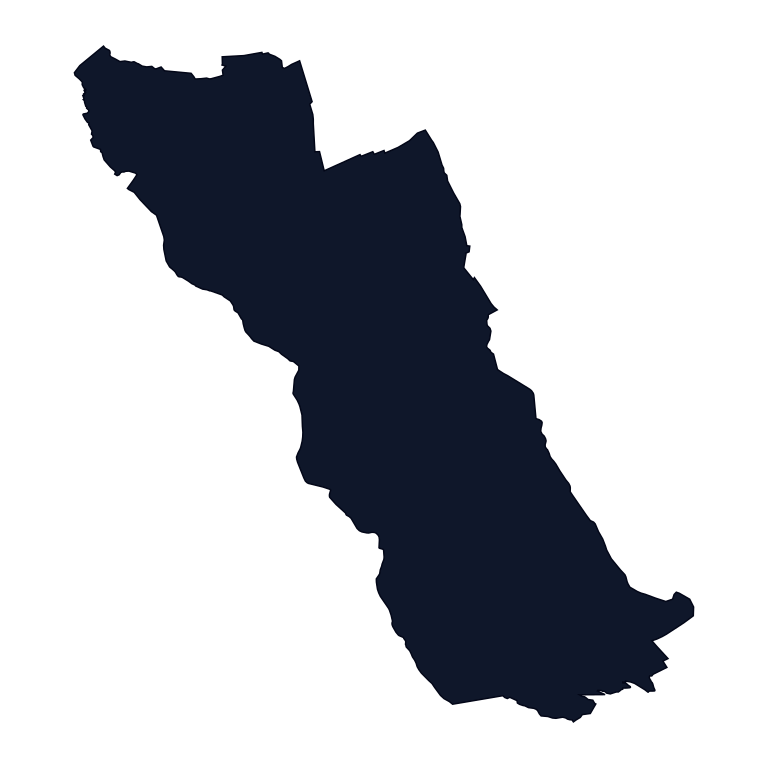 outline of Merisani, Arges, Romania
{"feature_id": "2599482B23805288669324", "entity_name": "Merisani", "entity_type": "district", "adm_level": 2, "iso_a3": "ROU", "parent_name": "Romania", "parent_adm1": "Arges", "projection": "albers", "projection_center": [24.723, 44.97], "detail": "fine", "context": "isolated", "style": "filled", "palette": "ink", "viewbox_px": 768, "rotation_deg": 0, "n_neighbors": 0, "source": "geoboundaries", "source_scale": "gbopen_adm2", "svg_char_len": 6005}
<svg xmlns="http://www.w3.org/2000/svg" viewBox="0 0 768 768"><path d="M425.3,130.1L417.4,133.1L409.5,140.7L398.1,147.4L384.9,153.1L384.0,150.5L374.3,154.3L372.8,151.7L361.2,156.3L360.0,154.6L324.2,170.8L319.5,151.6L314.9,151.8L313.3,123.7L313.3,119.3L312.8,114.5L309.7,104.2L312.1,101.7L299.6,60.8L291.6,64.4L287.9,66.7L284.6,68.4L282.3,67.5L281.5,60.8L279.8,59.3L274.9,56.3L269.3,54.2L268.5,53.1L268.0,52.9L262.5,54.1L261.9,52.4L243.9,55.6L222.2,56.8L222.4,64.0L222.0,65.0L225.8,66.2L222.4,70.1L223.1,75.2L219.8,76.4L210.9,78.8L209.4,78.9L206.6,78.1L201.1,78.7L195.7,79.0L195.0,78.7L193.9,76.8L191.1,73.3L164.5,70.8L161.1,67.0L156.0,68.9L154.7,68.7L151.8,66.4L146.7,66.9L142.2,66.1L138.4,63.8L137.3,63.5L134.2,61.8L133.3,61.8L131.4,62.3L124.9,61.0L120.0,61.6L119.6,61.4L115.1,58.9L110.9,56.8L109.7,55.1L110.1,53.0L109.8,51.1L109.2,50.3L105.2,48.2L103.5,46.1L79.8,65.6L74.4,72.7L75.1,75.3L79.3,78.9L82.3,82.0L82.2,84.7L83.8,87.9L84.7,88.3L84.5,89.1L85.4,89.2L85.4,89.7L85.9,89.9L85.6,90.5L84.6,90.3L84.3,90.6L84.9,90.8L84.7,91.6L85.5,92.2L84.7,92.9L84.9,93.7L83.7,93.8L83.4,94.2L84.1,95.6L82.9,95.7L83.7,97.9L84.0,99.5L83.4,99.7L84.4,100.6L84.6,102.4L85.8,106.3L86.8,107.1L86.6,108.2L88.7,110.1L88.8,111.5L87.3,113.2L83.3,114.0L82.9,114.8L85.1,119.1L87.5,122.4L89.0,123.0L88.7,124.7L92.1,130.8L91.5,134.2L92.7,135.4L93.2,137.4L90.7,140.1L93.0,146.2L93.6,146.9L100.5,149.4L100.7,151.7L102.1,152.7L103.0,156.4L104.2,159.9L110.4,167.0L114.4,170.5L115.6,172.0L114.7,174.1L117.1,175.6L119.1,174.8L120.6,172.7L121.0,172.4L122.1,172.0L124.0,172.0L125.6,171.3L129.0,171.1L135.5,173.1L137.0,174.6L133.2,180.4L127.4,188.4L128.9,189.6L134.2,192.3L140.0,199.6L151.4,211.6L156.5,215.2L163.8,236.6L164.3,240.1L163.6,245.2L163.9,249.6L166.2,260.9L169.6,266.9L174.0,270.6L175.4,272.1L177.0,274.9L178.3,276.5L179.2,276.8L181.2,277.0L182.7,277.6L188.4,281.1L191.9,283.7L194.9,285.0L195.7,286.0L202.6,289.1L207.1,289.8L209.6,290.8L210.7,290.9L221.8,294.8L222.6,295.3L224.1,296.8L230.3,300.9L232.9,304.8L233.6,306.4L234.1,309.9L235.2,311.1L238.0,312.8L241.3,318.6L242.7,320.1L243.2,323.7L244.2,327.7L245.0,330.4L245.8,331.9L248.8,335.1L250.6,337.2L251.4,338.4L253.9,341.1L261.3,344.0L268.8,346.3L274.9,350.2L278.8,351.6L281.6,354.3L287.4,358.4L290.1,360.9L293.4,361.5L298.3,365.5L298.9,366.2L298.8,370.2L295.1,377.1L294.4,379.5L293.4,391.3L293.0,393.1L293.3,394.1L297.1,400.0L299.0,404.0L299.9,406.5L302.0,415.0L302.4,426.4L302.9,432.3L302.7,437.0L302.2,441.1L300.7,447.4L300.0,449.2L298.1,452.8L296.5,457.0L296.7,459.1L297.6,462.3L303.8,477.8L305.4,481.1L307.1,482.7L308.4,483.4L323.0,487.0L329.9,489.3L330.7,490.1L329.5,494.2L329.4,496.0L329.7,497.3L336.1,504.5L345.4,512.9L346.1,514.6L346.5,515.1L349.2,516.6L351.1,518.3L357.1,528.5L359.4,530.7L361.9,531.9L366.8,532.9L368.7,533.0L371.8,532.3L374.3,532.4L376.2,533.2L378.3,535.4L379.1,537.1L379.4,539.8L379.0,547.8L379.6,548.3L382.6,549.1L383.4,549.6L383.6,550.3L384.1,557.0L383.9,559.4L382.1,564.1L381.7,566.1L380.3,569.8L379.7,573.7L378.7,575.4L376.3,578.9L376.4,582.1L377.2,587.5L377.5,589.3L378.7,592.8L380.4,596.4L388.6,608.4L389.4,610.0L391.1,615.0L392.5,621.1L392.0,623.1L392.1,624.7L392.8,626.6L395.9,632.1L398.3,635.0L399.1,635.6L403.1,637.3L403.5,637.7L403.9,638.6L405.6,640.9L405.7,642.5L405.5,644.3L405.9,645.2L406.2,646.9L409.7,650.7L411.1,653.5L412.5,656.9L414.7,660.2L416.1,663.1L417.2,666.7L418.9,669.7L421.4,673.1L428.8,680.6L432.0,683.5L434.6,687.4L440.5,695.4L444.0,698.6L449.4,701.6L452.6,704.2L502.8,695.7L504.8,697.5L507.3,698.5L509.8,697.3L517.0,700.6L517.4,703.0L519.5,704.3L523.0,705.5L524.8,705.8L528.5,707.6L533.7,708.3L535.8,709.1L537.5,710.4L539.4,713.9L541.1,715.9L547.9,716.5L552.5,718.0L555.9,718.3L562.7,717.2L565.6,717.9L567.5,719.1L569.7,719.7L572.0,719.9L573.4,721.9L576.0,720.0L580.3,717.4L582.3,714.6L590.3,713.5L595.8,704.0L594.9,703.6L594.3,702.8L592.8,700.2L588.0,699.5L586.3,698.0L584.6,696.8L581.9,696.4L579.4,694.8L605.1,694.6L597.3,691.1L597.7,690.4L601.1,690.5L602.4,691.2L604.5,691.4L605.4,691.8L606.0,692.6L606.8,693.2L610.3,693.9L615.5,692.2L616.9,691.9L618.3,692.0L620.7,690.2L621.0,689.7L622.7,689.2L622.8,688.1L626.9,688.0L629.9,687.7L630.4,687.3L630.3,686.6L628.3,685.3L626.1,683.3L622.7,682.8L622.8,681.9L625.5,681.8L625.6,681.1L630.7,682.0L634.6,683.4L644.8,689.7L647.9,692.1L648.3,692.1L649.1,691.1L654.3,691.0L654.8,690.7L654.9,690.1L653.7,687.4L652.8,684.0L652.2,682.7L651.2,681.6L650.6,680.2L650.0,679.5L649.3,677.7L649.6,675.9L651.8,675.9L653.0,674.4L653.6,674.0L666.9,667.4L662.9,661.1L668.0,658.6L656.6,646.2L651.9,640.8L657.2,638.9L662.3,636.5L666.4,634.2L683.8,622.8L693.3,615.8L693.6,607.0L689.7,599.2L679.2,593.2L676.3,592.2L674.1,594.5L672.6,599.2L665.8,601.5L655.7,598.2L645.2,594.3L641.0,593.1L637.3,591.5L629.9,587.2L628.0,583.9L627.1,581.7L625.9,576.9L624.9,574.7L620.5,570.0L611.3,558.8L606.7,550.1L605.4,546.0L602.7,539.0L598.5,531.7L595.2,523.9L593.6,522.1L590.3,520.6L586.5,515.5L572.0,494.5L570.2,491.7L570.3,487.8L570.0,486.0L568.7,483.4L565.9,480.0L559.9,471.0L555.8,464.0L553.7,461.2L551.7,459.0L550.1,456.6L549.1,453.3L547.4,449.6L546.7,449.1L545.3,447.0L545.1,444.8L546.0,441.3L546.0,440.5L545.5,438.6L544.2,436.1L542.0,434.0L540.7,431.2L541.1,427.8L541.7,425.7L542.0,423.9L542.1,422.4L541.5,421.2L539.1,419.6L536.2,418.7L535.9,418.0L533.8,395.1L533.3,393.3L531.5,390.7L529.7,389.2L507.7,375.7L503.5,373.5L498.0,369.9L497.4,369.1L493.5,354.1L491.0,352.3L490.0,350.2L487.4,348.1L486.7,346.9L486.6,346.1L487.0,344.3L488.5,341.3L489.5,339.7L490.9,331.1L490.0,328.3L487.4,325.7L487.0,324.4L486.7,320.9L486.8,320.1L487.9,318.4L488.3,316.9L488.2,315.3L488.5,314.6L497.2,309.9L494.0,307.1L491.1,303.6L480.6,286.2L474.4,277.6L473.3,279.6L464.0,268.1L463.8,267.1L466.0,254.1L465.6,253.3L469.1,251.8L469.8,246.1L466.8,245.7L465.1,236.7L461.8,227.5L461.8,224.7L459.8,215.9L460.0,215.4L460.5,206.6L459.8,203.7L453.7,193.1L447.6,181.0L446.8,175.3L444.2,172.8L443.8,171.0L443.6,168.2L442.0,165.0L438.1,152.0L433.3,142.5L431.6,140.2L425.3,130.1Z" fill="#0f172a" stroke="#020617" stroke-width="1.5"/></svg>